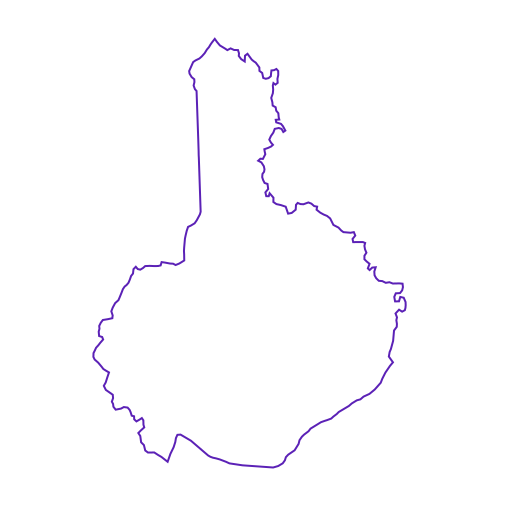 the district of Xambioá, Tocantins, Brazil, rotated 185°
{"feature_id": "56859067B21009603096166", "entity_name": "Xambioá", "entity_type": "district", "adm_level": 2, "iso_a3": "BRA", "parent_name": "Brazil", "parent_adm1": "Tocantins", "projection": "mercator", "projection_center": [-48.449, -6.599], "detail": "fine", "context": "isolated", "style": "outline", "palette": "violet", "viewbox_px": 512, "rotation_deg": 185, "n_neighbors": 0, "source": "geoboundaries", "source_scale": "gbopen_adm2", "svg_char_len": 4160}
<svg xmlns="http://www.w3.org/2000/svg" viewBox="0 0 512 512"><g transform="rotate(185 256 256)"><path d="M110.3,162.0L114.9,167.4L114.5,172.0L113.5,175.1L112.0,183.4L112.0,193.8L109.6,197.7L109.7,200.7L110.6,204.3L110.2,207.2L112.0,210.9L108.8,215.0L105.6,213.3L103.0,215.0L102.6,217.4L102.6,220.0L103.0,223.2L105.2,227.3L108.7,227.8L109.6,223.3L113.5,222.9L114.7,227.3L113.5,231.0L109.3,231.6L107.4,234.5L106.9,237.8L107.6,241.2L110.9,241.2L117.3,240.5L120.8,241.5L124.4,240.6L128.0,242.0L131.5,242.0L134.3,244.3L136.2,247.1L136.8,250.8L135.8,255.2L139.2,254.6L141.6,251.9L143.5,253.4L142.2,258.1L145.3,260.2L147.7,262.2L148.0,265.7L146.3,268.9L148.0,272.2L148.9,275.6L148.4,278.5L150.8,279.2L155.2,278.8L160.4,278.3L161.3,281.4L158.9,285.0L160.6,288.3L163.9,287.4L167.3,287.4L171.0,287.4L173.3,288.8L176.3,291.5L181.6,293.7L185.4,299.9L188.7,302.1L192.2,303.2L195.8,304.8L199.7,307.4L199.4,310.5L202.4,310.8L205.4,313.0L208.5,313.9L213.2,311.7L216.3,311.6L219.1,312.5L220.6,310.5L220.5,305.6L224.2,302.0L227.7,301.0L230.7,307.7L235.7,308.9L240.2,309.5L243.4,311.3L243.7,315.6L247.9,319.7L248.5,316.7L251.0,316.5L252.2,320.2L249.7,323.8L250.8,328.8L253.8,329.5L255.6,332.4L256.7,335.1L256.7,338.3L255.3,340.6L255.1,343.1L256.0,346.1L258.8,349.7L262.1,351.1L260.1,353.3L257.6,353.3L255.6,358.2L256.4,360.7L257.0,363.1L253.4,364.7L250.5,366.4L248.8,368.2L251.0,370.3L252.9,373.1L251.6,376.8L249.5,380.4L248.4,384.3L244.5,385.5L241.6,384.8L239.6,381.9L237.7,383.5L240.5,387.7L242.6,389.8L247.5,390.9L248.2,393.4L244.7,394.0L245.5,396.3L246.2,400.2L248.5,402.5L249.4,405.9L252.5,407.3L253.1,410.6L254.6,414.8L253.4,419.6L253.4,423.3L254.1,427.3L253.7,429.8L251.6,428.4L249.5,430.4L250.1,434.3L249.6,438.2L250.0,442.2L252.0,444.1L254.2,442.7L256.8,442.2L256.9,439.6L256.9,436.4L259.0,434.3L261.7,433.4L264.3,434.0L265.8,438.9L268.7,440.7L269.1,444.1L273.1,448.6L275.4,449.9L277.4,451.3L282.1,456.7L284.4,454.6L284.2,448.8L287.9,450.8L290.6,453.8L290.6,456.4L291.9,459.6L295.7,459.3L299.4,460.6L302.5,458.6L304.8,459.9L310.3,462.6L313.5,465.8L316.0,468.7L318.6,464.7L319.8,462.6L321.1,459.9L322.9,457.4L324.8,453.6L327.4,450.1L329.6,447.8L333.4,445.5L335.5,443.7L336.3,441.4L337.8,437.0L338.7,434.4L338.1,431.9L335.7,428.6L332.9,426.7L332.5,423.9L333.0,420.4L331.4,416.9L329.6,415.2L323.8,368.0L322.3,355.4L321.9,351.6L321.5,348.8L315.0,295.3L315.5,292.6L318.1,286.5L320.0,283.2L323.7,280.5L326.2,279.1L327.2,275.1L327.9,270.4L328.3,267.0L328.3,263.9L328.3,258.2L328.2,254.7L327.7,251.2L327.1,245.3L329.5,243.5L331.8,241.8L335.3,240.0L337.9,241.1L341.0,241.0L346.0,241.5L349.5,241.7L350.2,238.3L352.6,237.5L356.4,237.1L361.0,236.9L365.5,236.3L367.6,234.1L370.1,232.3L372.7,232.7L374.8,234.8L376.9,232.2L377.0,227.8L378.7,225.2L379.6,221.6L380.7,218.2L382.4,215.8L384.2,214.1L385.7,211.4L386.9,207.2L388.3,202.7L389.2,200.0L392.2,196.8L394.2,192.2L395.3,188.3L393.6,184.3L393.7,181.5L397.9,180.2L403.0,178.9L404.8,176.0L406.1,172.7L405.6,169.9L406.1,166.9L405.3,162.6L402.2,161.9L401.0,159.5L403.5,156.1L405.3,153.3L407.3,150.7L408.3,147.9L409.4,145.1L409.2,141.3L407.7,138.8L403.9,136.0L400.2,132.3L398.2,130.1L395.1,128.5L392.3,127.2L393.5,122.3L394.7,116.9L396.3,113.4L393.9,109.5L386.6,105.3L386.0,102.0L386.9,98.3L385.5,96.2L384.9,93.4L382.4,90.7L377.2,92.2L374.5,94.0L370.7,93.8L368.5,91.7L367.3,89.5L365.9,86.1L363.5,85.7L363.1,82.7L360.7,80.8L357.7,82.9L355.6,84.6L353.9,82.5L353.4,78.1L352.4,75.5L355.5,72.2L357.8,69.4L355.6,66.6L354.2,60.4L351.2,57.9L349.4,52.6L346.5,50.8L340.2,51.4L336.3,49.3L332.7,47.6L326.1,43.3L324.0,51.5L321.4,58.3L320.2,63.6L319.9,67.6L318.7,71.0L315.6,71.5L304.7,66.3L286.3,53.1L283.9,52.0L281.3,51.3L278.1,50.9L274.4,50.2L268.0,48.4L264.4,47.1L251.2,46.3L220.5,46.8L215.6,48.7L211.3,51.8L209.4,55.0L208.7,58.2L206.6,60.9L200.6,65.8L197.2,72.5L196.6,76.3L194.5,80.0L192.5,82.3L190.6,84.0L188.4,86.0L186.6,88.8L180.4,93.4L176.8,96.1L173.3,97.7L170.9,98.7L166.9,100.6L164.9,102.8L161.8,105.6L160.0,107.8L157.9,109.3L150.4,114.7L147.7,117.5L143.0,121.0L139.5,122.3L136.6,125.3L131.0,128.5L126.1,133.3L120.7,140.6L119.5,144.7L116.9,151.2L115.2,154.2L112.9,158.3L110.3,162.0Z" fill="none" stroke="#5b21b6" stroke-width="2"/></g></svg>